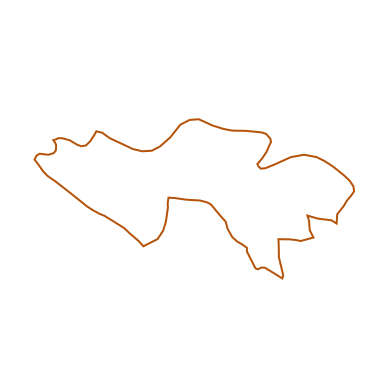 Al-Adhamiya, Diyala, Iraq, rotated 98°
{"feature_id": "34846034B20026231535079", "entity_name": "Al-Adhamiya", "entity_type": "district", "adm_level": 2, "iso_a3": "IRQ", "parent_name": "Iraq", "parent_adm1": "Diyala", "projection": "equal_earth", "projection_center": [44.388, 33.48], "detail": "fine", "context": "isolated", "style": "outline", "palette": "amber", "viewbox_px": 384, "rotation_deg": 98, "n_neighbors": 0, "source": "geoboundaries", "source_scale": "gbopen_adm2", "svg_char_len": 1761}
<svg xmlns="http://www.w3.org/2000/svg" viewBox="0 0 384 384"><g transform="rotate(98 192 192)"><path d="M203.1,44.4L193.8,45.1L184.8,39.8L179.2,37.5L173.1,33.7L168.8,31.6L165.0,32.6L164.1,32.8L158.8,37.5L154.1,44.2L147.2,55.8L142.8,65.3L140.1,73.5L139.5,86.2L143.7,98.9L151.0,110.5L153.3,114.1L158.3,122.8L159.3,127.0L157.5,129.6L155.2,131.2L149.2,127.3L141.6,123.6L136.5,122.3L131.5,120.7L128.3,121.9L124.2,126.6L123.3,131.4L123.9,146.6L125.6,160.8L125.2,169.3L123.3,181.0L120.3,191.0L119.0,195.5L121.0,204.4L126.9,212.9L140.9,221.1L151.5,230.2L156.7,237.5L158.6,246.9L157.7,256.4L154.2,267.7L150.3,280.5L150.2,280.8L145.8,289.2L145.2,295.2L149.0,296.6L155.7,299.7L160.7,303.5L162.1,308.2L161.1,312.6L157.9,319.9L156.8,327.7L157.3,331.9L159.0,334.3L159.9,336.5L162.7,334.1L164.0,333.3L167.0,332.7L169.9,332.7L172.7,334.3L175.1,339.4L175.2,342.1L175.3,348.3L177.8,351.1L181.8,352.4L185.8,348.3L192.5,342.1L196.4,336.9L200.1,329.5L200.5,328.7L211.6,309.5L220.9,293.9L223.7,287.9L226.5,280.5L227.7,275.5L228.9,272.8L231.6,266.6L237.2,254.1L241.3,248.4L247.9,238.1L252.5,232.6L243.4,219.5L236.0,216.0L234.3,215.2L225.1,213.7L218.7,213.7L210.6,213.7L206.8,214.5L200.9,214.5L200.4,208.7L200.4,202.3L200.4,196.6L199.8,188.7L199.3,183.0L200.1,175.8L200.8,173.9L201.7,171.5L211.7,160.5L216.6,154.6L223.5,151.6L228.2,148.0L231.1,145.8L233.8,141.8L234.8,140.3L237.0,134.8L237.7,133.5L239.6,129.9L243.3,129.3L247.1,126.7L253.9,121.9L258.7,118.6L259.4,116.0L257.2,112.8L256.8,109.3L265.0,90.5L262.0,90.0L244.4,96.9L235.7,98.2L230.7,99.1L226.7,99.8L225.3,88.5L225.1,82.9L225.4,77.5L220.2,65.4L216.9,67.7L213.5,70.0L208.9,71.1L204.5,72.0L199.3,74.4L200.8,64.0L200.8,60.8L200.7,54.5L200.6,51.0L200.6,50.1L203.1,44.4Z" fill="none" stroke="#b45309" stroke-width="2"/></g></svg>